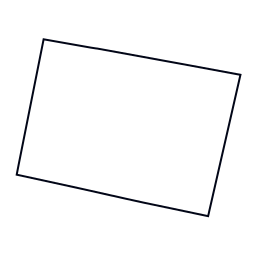 the district of Rockingham, North Carolina, United States of America, rotated 10°
{"feature_id": "52423323B98721671056324", "entity_name": "Rockingham", "entity_type": "district", "adm_level": 2, "iso_a3": "USA", "parent_name": "United States of America", "parent_adm1": "North Carolina", "projection": "mercator", "projection_center": [-79.829, 36.392], "detail": "fine", "context": "isolated", "style": "outline", "palette": "ink", "viewbox_px": 256, "rotation_deg": 10, "n_neighbors": 0, "source": "geoboundaries", "source_scale": "gbopen_adm2", "svg_char_len": 451}
<svg xmlns="http://www.w3.org/2000/svg" viewBox="0 0 256 256"><g transform="rotate(10 128 128)"><path d="M222.2,200.9L222.4,197.4L222.4,196.9L229.5,56.1L169.9,55.6L169.7,55.6L151.2,55.5L84.0,55.1L82.4,55.2L77.3,55.3L71.3,55.3L53.0,55.3L52.8,55.3L43.2,55.3L29.5,55.3L27.2,159.3L26.7,181.9L26.6,187.3L26.5,193.2L26.5,193.3L91.8,195.9L124.3,197.4L125.4,197.4L137.6,198.0L156.7,198.8L222.2,200.9Z" fill="none" stroke="#020617" stroke-width="2"/></g></svg>